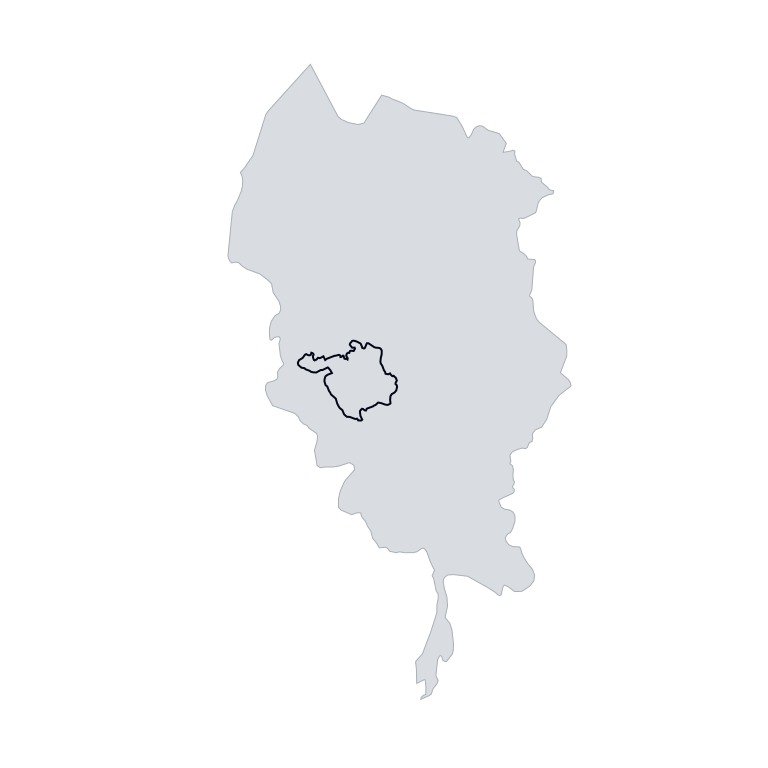 location of Ghazni within Afghanistan, rotated 113°
{"feature_id": "AFG-1757", "entity_name": "Ghazni", "entity_type": "Province", "adm_level": 1, "iso_a3": "AFG", "parent_name": "Afghanistan", "parent_adm1": "", "projection": "natural_earth1", "projection_center": [67.708, 33.141], "detail": "medium", "context": "in_parent", "style": "outline", "palette": "ink", "viewbox_px": 768, "rotation_deg": 113, "n_neighbors": 0, "source": "natural_earth", "source_scale": "10m", "svg_char_len": 5628}
<svg xmlns="http://www.w3.org/2000/svg" viewBox="0 0 768 768"><g transform="rotate(113 384 384)"><path d="M339.6,221.6L353.1,220.4L362.3,222.1L367.1,226.8L371.8,228.0L376.4,225.7L379.3,225.3L380.4,226.8L382.7,227.4L386.3,227.2L388.3,228.5L388.8,231.3L391.4,234.9L396.1,239.3L400.3,240.3L405.8,236.9L407.6,237.3L408.5,236.2L409.1,233.7L412.4,231.4L418.5,229.3L421.9,227.3L423.1,225.7L425.2,225.3L427.4,225.7L429.0,225.1L430.2,222.9L432.3,222.1L434.2,222.6L442.6,230.4L445.8,232.8L447.3,232.4L451.5,228.1L452.1,224.2L450.9,219.0L451.6,214.9L454.4,211.8L459.4,209.8L466.8,209.1L471.4,209.5L473.1,211.2L475.4,212.0L478.2,212.2L480.8,210.4L483.2,206.5L483.3,201.7L481.1,196.0L481.7,194.2L485.4,191.4L489.3,187.1L493.1,181.6L496.7,174.8L501.2,170.7L506.6,169.1L513.2,170.9L521.0,176.1L524.0,182.6L522.2,190.3L522.0,194.5L523.6,195.3L532.4,193.8L533.6,194.9L533.5,197.1L532.3,200.3L530.8,209.4L528.3,231.9L532.2,245.3L534.8,250.6L537.5,252.3L540.1,252.9L542.7,252.4L548.0,249.0L555.9,242.6L563.7,238.7L575.0,236.6L578.7,229.8L583.9,225.3L595.8,218.6L602.3,216.1L606.0,215.6L615.2,218.1L615.7,220.2L615.1,222.3L612.5,224.2L611.8,225.6L612.8,226.6L616.4,227.0L632.2,222.3L635.7,218.3L639.1,218.1L645.8,219.8L650.9,219.3L653.6,221.0L659.9,227.0L657.9,227.3L655.1,226.1L653.5,224.2L647.2,226.7L640.2,230.5L640.4,231.4L646.8,236.9L633.7,242.8L627.8,246.2L626.4,246.3L617.5,243.2L592.7,244.2L573.9,246.0L566.6,249.0L559.7,250.5L556.2,252.1L553.9,255.3L543.6,262.3L541.7,264.8L535.9,264.6L530.0,271.4L521.3,279.5L519.5,283.3L520.8,285.2L525.6,288.2L527.7,291.0L531.1,298.8L532.5,304.3L534.5,306.7L535.7,313.3L533.7,317.1L533.7,319.0L536.6,324.0L535.9,325.5L533.8,327.9L530.4,334.2L524.3,338.9L521.7,343.1L517.4,347.8L515.6,351.7L513.7,353.8L511.8,354.9L512.3,357.0L514.0,359.6L516.9,362.6L516.8,374.4L515.3,377.7L507.5,381.0L500.1,382.4L490.9,382.4L487.4,381.9L474.6,377.6L470.6,379.8L469.8,385.0L477.1,393.4L480.1,398.1L483.5,406.0L486.0,410.0L485.1,413.8L472.0,422.2L463.7,423.1L458.4,424.5L455.9,426.6L454.1,435.5L452.2,438.7L452.2,442.6L450.5,447.0L447.8,449.8L445.9,454.4L447.5,478.0L439.9,487.5L435.7,490.8L431.6,492.4L428.3,491.8L424.0,486.4L421.1,484.4L418.1,484.8L415.1,486.7L410.3,486.1L406.2,484.2L404.1,484.4L403.0,486.3L398.6,490.3L387.8,496.5L383.4,496.9L381.5,498.5L382.3,501.0L384.2,503.1L387.6,504.5L387.7,506.2L382.2,509.3L376.6,511.4L370.2,512.2L363.5,511.0L360.1,508.3L356.1,508.0L352.4,510.0L348.6,513.3L343.3,521.6L335.6,526.7L333.6,531.9L331.2,541.2L331.9,554.8L330.9,560.8L329.2,564.8L329.6,568.0L332.1,571.5L331.1,573.8L328.9,576.4L326.8,577.8L284.5,591.0L277.6,591.3L274.0,590.7L262.0,590.7L257.0,591.7L252.0,593.5L248.3,595.7L245.4,598.9L240.5,597.1L224.7,593.9L182.0,598.1L178.0,597.3L118.5,576.7L156.0,530.5L157.1,526.6L157.3,519.1L155.2,509.0L151.6,504.4L119.0,499.0L118.0,491.2L118.6,487.6L118.1,480.9L118.3,475.6L119.9,467.1L120.0,463.2L110.4,424.8L110.4,421.0L116.7,412.2L124.6,403.6L124.2,402.0L120.3,401.0L114.5,401.0L111.4,399.6L109.0,397.2L108.1,393.8L109.8,387.6L108.5,375.6L114.7,365.5L124.3,364.9L119.5,357.6L118.5,356.8L118.2,355.5L118.7,354.3L121.1,353.8L126.9,349.1L127.2,346.4L132.1,339.5L131.8,336.4L135.0,328.2L133.4,322.7L133.2,319.8L136.7,317.9L139.0,310.2L140.3,308.3L140.5,306.4L139.8,303.3L142.9,302.8L145.8,306.8L150.4,311.0L153.4,312.2L157.1,312.8L165.5,311.4L167.3,311.6L175.9,318.9L177.4,320.8L178.1,323.7L179.5,324.6L182.5,321.7L185.5,320.8L191.1,321.6L194.1,320.6L208.4,311.5L209.5,305.7L210.9,302.5L212.8,300.5L210.6,293.9L211.4,292.6L213.3,292.0L218.0,292.0L239.6,284.7L245.2,284.7L246.4,284.1L246.8,282.1L248.4,279.9L258.6,274.6L264.5,269.1L266.6,265.0L276.5,231.7L281.7,228.8L286.9,226.7L304.7,226.0L308.0,215.8L309.6,213.4L312.7,211.0L325.7,218.3L339.6,221.6Z" fill="#d9dde1" stroke="#a8b0b8" stroke-width="1"/><path d="M358.2,415.7L353.2,415.7L352.6,414.2L353.9,407.3L353.8,406.0L352.7,402.6L352.7,401.4L353.3,400.0L354.2,399.1L357.7,397.7L361.0,397.2L364.7,396.1L366.3,395.1L368.0,392.6L371.2,389.6L372.5,387.7L374.0,386.5L373.3,383.7L371.9,382.6L372.8,381.3L373.5,379.5L373.4,379.0L372.7,378.4L373.8,375.4L375.9,373.5L378.4,373.8L379.6,373.3L380.2,371.7L381.6,370.8L385.2,370.2L387.8,371.0L390.4,373.0L392.7,373.3L396.2,372.2L399.1,370.5L399.9,370.7L401.6,372.2L402.1,373.1L402.5,375.2L402.7,379.0L403.4,382.2L406.7,383.6L407.3,384.4L409.1,385.6L413.4,390.2L415.4,390.2L415.8,391.3L415.2,393.6L415.4,394.6L417.8,395.5L419.2,395.2L422.7,393.1L425.3,390.1L426.6,390.8L427.6,393.6L426.9,394.2L426.5,395.4L427.2,396.2L427.5,397.4L427.7,402.7L428.7,405.5L427.5,408.9L424.3,412.1L423.5,415.1L422.7,416.5L420.4,419.3L416.3,422.7L414.3,428.7L412.7,430.5L411.9,431.9L408.4,435.3L407.9,437.3L404.8,439.9L402.7,440.6L399.9,440.9L397.6,439.6L394.3,436.2L392.4,438.6L390.9,441.5L390.7,442.2L395.1,446.0L395.8,447.6L399.9,450.9L400.9,453.7L401.3,456.0L400.9,457.7L401.1,462.0L400.5,463.2L401.2,466.5L399.9,470.4L398.1,471.6L395.2,471.5L391.9,469.1L388.0,468.2L386.9,467.3L387.1,464.8L386.5,463.4L385.6,462.8L383.6,463.1L383.5,461.7L384.1,460.5L384.6,460.2L386.0,460.4L387.2,459.8L389.1,458.1L389.4,457.1L387.6,455.5L385.7,455.1L385.3,453.3L384.6,452.5L382.2,450.6L384.9,447.5L383.1,446.5L377.2,440.4L376.9,439.6L374.9,437.1L374.7,436.0L375.0,435.4L376.2,434.6L375.6,433.7L374.0,433.0L373.8,432.3L376.1,430.4L376.0,429.3L375.4,428.3L375.7,427.2L374.6,427.4L372.8,429.8L370.6,430.1L369.2,429.2L368.9,428.1L367.0,428.2L366.5,427.9L365.4,424.8L362.9,424.5L362.0,425.2L363.0,427.6L361.3,430.7L360.8,431.0L359.6,431.0L356.8,430.1L356.2,429.3L355.7,427.7L355.6,425.3L355.9,421.4L358.2,418.9L359.2,418.2L359.2,416.7L358.8,415.9L358.2,415.7Z" fill="none" stroke="#020617" stroke-width="2"/></g></svg>